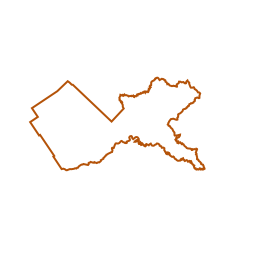 Orán, Salta, Argentina, rotated 133°
{"feature_id": "61730980B46256753723149", "entity_name": "Orán", "entity_type": "district", "adm_level": 2, "iso_a3": "ARG", "parent_name": "Argentina", "parent_adm1": "Salta", "projection": "orthographic", "projection_center": [-64.349, -23.348], "detail": "fine", "context": "isolated", "style": "outline", "palette": "amber", "viewbox_px": 256, "rotation_deg": 133, "n_neighbors": 0, "source": "geoboundaries", "source_scale": "gbopen_adm2", "svg_char_len": 5771}
<svg xmlns="http://www.w3.org/2000/svg" viewBox="0 0 256 256"><g transform="rotate(133 128 128)"><path d="M120.5,83.0L120.3,82.8L120.7,82.0L120.5,81.5L120.0,81.6L119.6,82.2L119.2,81.9L118.6,82.1L118.2,80.9L118.4,80.4L119.0,81.1L119.3,81.0L119.4,78.6L119.1,76.2L118.7,75.7L118.0,75.5L117.9,74.4L118.3,73.6L118.5,72.5L118.1,71.5L118.3,70.6L117.9,69.1L116.2,67.6L115.4,67.9L115.3,67.3L114.7,67.0L114.3,67.0L113.9,67.6L113.4,67.1L113.1,67.3L112.6,67.1L112.8,66.8L113.7,66.5L113.6,66.3L113.2,66.4L113.0,65.8L113.0,65.0L113.4,64.4L113.4,63.9L111.5,63.2L111.3,62.4L111.7,61.1L110.1,60.6L109.8,59.8L109.2,59.4L109.3,59.1L109.8,59.0L110.5,59.4L110.8,59.0L110.7,58.5L110.1,58.8L109.9,58.7L109.8,57.9L110.4,57.0L110.6,55.9L110.3,55.5L110.7,54.5L110.3,54.3L110.2,53.9L111.3,53.4L112.0,52.1L112.1,51.6L111.4,51.1L111.8,50.4L111.8,49.7L110.7,49.2L110.6,48.4L110.3,48.1L108.6,48.1L108.3,47.5L108.9,46.6L108.6,46.3L107.8,46.4L107.5,46.1L107.6,45.5L107.5,45.2L106.8,45.3L106.7,44.8L106.2,45.0L106.0,44.3L105.6,44.2L105.0,45.3L104.7,46.3L104.2,46.8L104.1,47.4L103.7,48.1L104.5,49.8L104.3,50.2L103.8,50.5L103.9,51.1L103.6,51.9L103.8,53.7L103.2,55.1L103.6,55.5L103.7,56.3L102.5,57.3L102.0,57.8L101.8,58.4L100.9,59.3L101.0,60.2L100.0,60.5L99.8,61.6L97.1,62.7L96.4,63.0L96.3,63.3L96.5,63.8L96.9,63.6L97.6,64.1L97.9,64.8L99.2,65.8L99.5,66.4L100.2,66.0L100.6,66.4L100.3,67.2L100.5,68.2L102.2,70.4L102.6,71.4L102.4,72.7L102.6,74.3L102.1,76.3L103.0,77.4L102.2,77.8L102.2,78.0L103.0,78.6L103.1,79.5L102.9,79.9L103.4,80.1L103.7,80.6L104.0,80.6L103.7,81.4L104.3,81.4L104.9,81.0L105.2,81.7L103.9,82.6L104.7,83.4L104.5,84.0L104.0,84.3L104.4,84.5L104.2,85.4L103.2,85.4L102.3,86.0L101.6,86.0L101.3,85.1L100.0,84.5L98.2,84.8L97.4,85.4L99.5,86.7L101.6,88.5L101.5,89.1L99.6,91.0L99.4,92.7L98.5,94.9L98.6,97.1L98.1,98.3L98.3,98.7L98.2,99.0L98.6,99.7L98.3,100.0L98.4,101.1L98.1,101.1L97.0,101.9L96.6,101.8L95.2,102.4L92.3,102.7L90.3,101.2L89.1,98.4L88.6,97.8L88.1,97.6L86.9,98.9L85.7,98.9L85.4,99.3L84.5,99.8L84.2,100.4L83.5,100.6L81.5,99.8L78.9,99.6L78.3,99.7L77.0,100.3L75.5,99.7L75.0,99.2L73.6,98.8L73.4,99.1L72.8,99.2L72.0,98.8L70.9,99.1L70.4,98.6L68.6,99.4L67.9,98.9L66.8,98.8L66.6,98.2L64.8,97.5L64.0,97.9L62.9,97.5L62.4,97.7L61.9,98.5L61.4,98.5L60.4,99.1L58.5,98.2L57.8,96.5L57.3,96.3L55.6,97.8L53.5,98.8L53.4,100.0L54.2,101.0L53.7,103.1L53.8,105.0L54.1,105.7L53.3,107.4L53.4,107.8L54.6,108.4L55.6,109.5L55.4,110.4L53.9,113.5L53.2,113.9L53.0,115.1L53.2,115.9L52.7,116.9L53.8,117.0L55.4,116.6L55.7,116.1L56.0,116.2L56.6,117.1L56.6,118.8L58.1,120.0L58.4,121.3L59.3,122.3L60.7,121.5L62.8,122.1L63.6,121.6L63.9,120.7L64.4,120.4L64.7,120.7L65.3,122.4L65.9,122.9L66.0,123.5L67.4,124.4L68.5,126.7L68.1,128.5L69.2,129.1L68.3,130.7L68.6,132.1L67.7,133.1L67.7,133.5L68.2,133.9L68.0,135.3L68.5,135.9L68.9,136.8L71.4,137.6L70.9,139.8L71.0,140.6L71.8,141.3L72.3,141.3L72.7,141.7L73.3,141.8L73.5,141.4L74.0,141.3L74.8,141.6L75.8,141.5L77.0,142.2L78.7,142.2L81.0,140.2L81.7,140.3L81.9,140.7L82.7,140.6L82.9,139.5L83.3,139.8L83.9,139.2L84.1,139.4L84.9,138.9L85.1,139.2L85.3,138.8L85.8,138.9L86.3,138.6L86.5,138.8L86.8,138.6L86.6,138.3L86.8,138.2L87.6,137.9L87.7,138.3L88.1,138.2L88.1,138.5L89.1,139.2L89.2,139.6L89.6,139.5L89.4,139.8L89.7,139.9L89.5,140.0L89.7,140.5L90.2,141.0L91.6,141.1L91.8,141.4L92.1,141.1L93.0,141.7L94.0,141.9L94.0,142.5L94.6,142.4L95.2,142.7L95.1,142.9L95.3,143.1L95.9,143.1L96.0,143.5L96.5,143.8L97.0,143.5L97.4,144.0L98.0,143.3L98.2,143.5L98.2,143.9L98.7,144.0L99.4,143.8L100.1,144.9L101.1,144.6L101.2,144.9L101.0,145.2L101.2,145.8L100.9,146.3L101.5,146.4L101.7,146.8L102.3,147.1L102.3,147.6L102.7,147.7L103.2,148.4L104.5,149.1L104.4,150.1L104.7,150.4L105.0,151.5L105.9,152.3L105.9,153.1L106.3,152.9L106.5,153.2L106.8,153.1L107.8,153.4L107.9,153.7L107.0,153.8L107.1,154.4L108.6,155.0L108.7,155.8L108.9,156.2L109.9,155.5L111.9,154.9L112.5,153.7L113.2,153.5L113.5,152.9L113.1,151.8L114.0,150.7L114.0,150.4L113.1,150.2L113.2,149.7L114.2,149.0L114.7,147.6L116.1,146.2L116.7,144.4L134.5,144.4L134.0,197.8L134.7,198.7L134.6,201.7L134.9,204.0L149.3,204.8L179.0,211.8L181.4,201.5L190.4,203.6L194.1,187.9L193.0,187.6L198.7,162.9L199.8,163.1L203.3,148.5L201.9,147.6L201.2,146.0L201.0,144.4L200.4,143.8L197.9,142.6L196.6,141.2L194.7,139.7L193.5,139.2L192.8,138.1L191.7,138.1L191.1,137.5L189.6,137.8L187.3,137.3L186.4,137.0L185.6,136.2L184.8,136.1L182.3,132.0L181.4,132.0L180.5,132.9L179.9,132.8L179.1,132.2L178.3,132.2L177.1,129.7L176.0,129.4L176.1,128.7L175.3,128.1L175.1,127.1L174.4,126.7L173.3,126.4L172.8,125.6L170.8,125.3L170.3,125.5L170.0,125.9L167.4,125.0L166.5,125.6L165.6,125.3L164.3,125.5L163.3,125.3L162.2,125.6L161.5,125.1L160.4,125.0L158.0,124.0L157.2,123.8L156.4,123.3L154.8,124.2L154.2,125.6L153.4,126.1L153.1,126.0L152.8,125.1L152.3,124.8L149.6,126.0L147.8,126.5L147.3,126.2L146.2,124.7L144.9,124.1L142.6,124.2L141.9,123.9L141.7,123.3L141.7,121.9L141.2,121.1L141.0,119.9L140.1,118.9L139.6,118.8L139.3,119.6L138.8,119.7L136.4,118.4L135.9,118.3L135.3,118.6L134.0,120.7L133.0,120.9L131.8,120.3L131.6,119.9L131.6,119.4L132.6,117.7L132.6,116.6L129.6,116.2L128.6,115.4L128.3,114.5L128.6,112.8L129.4,111.9L130.2,112.9L131.0,113.4L132.4,113.8L133.5,113.7L133.1,113.2L131.8,112.5L131.0,112.4L130.4,111.9L130.4,111.4L131.7,110.1L132.2,109.1L131.9,108.7L130.9,108.7L130.2,109.4L129.9,109.4L130.0,108.8L131.2,108.0L131.5,106.8L130.8,106.4L130.0,107.5L129.7,107.6L129.5,107.4L129.5,106.7L130.4,106.2L129.8,105.4L130.0,104.2L129.7,102.9L129.4,102.8L129.0,103.9L128.2,103.2L127.6,103.7L127.2,103.6L126.5,101.0L125.3,101.1L123.9,100.7L124.4,99.1L124.4,98.3L123.4,97.1L121.5,96.7L120.8,96.3L119.6,96.3L118.9,95.2L118.7,93.7L119.4,92.8L119.2,92.0L118.7,91.2L119.4,89.8L118.1,88.6L118.0,87.6L119.5,86.3L119.7,85.3L120.1,84.7L119.8,83.6L120.5,83.0Z" fill="none" stroke="#b45309" stroke-width="2"/></g></svg>